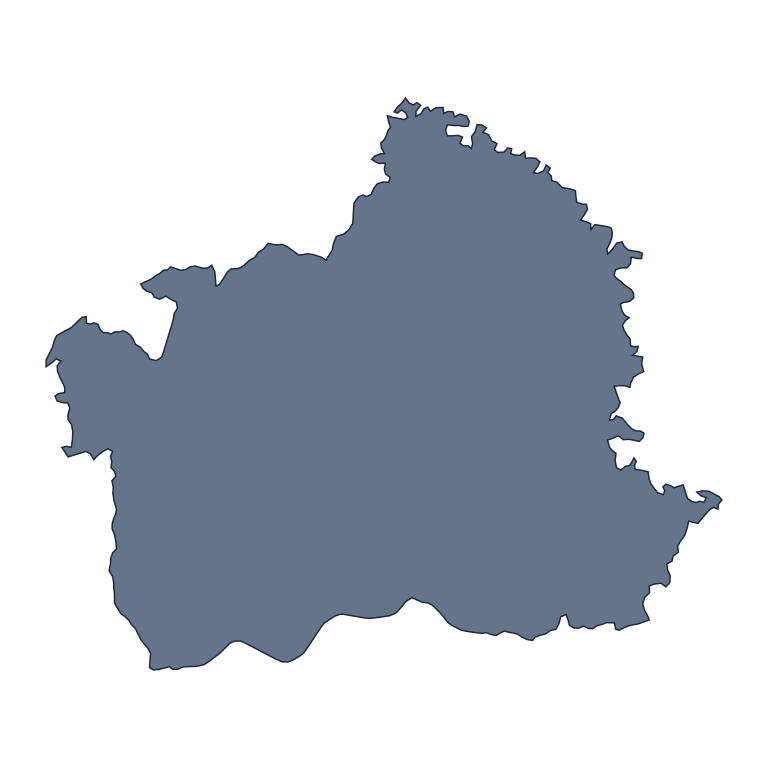 outline of Jóia, Rio Grande do Sul, Brazil
{"feature_id": "56859067B9941022435580", "entity_name": "Jóia", "entity_type": "district", "adm_level": 2, "iso_a3": "BRA", "parent_name": "Brazil", "parent_adm1": "Rio Grande do Sul", "projection": "albers", "projection_center": [-54.139, -28.741], "detail": "fine", "context": "isolated", "style": "filled", "palette": "slate", "viewbox_px": 768, "rotation_deg": 0, "n_neighbors": 0, "source": "geoboundaries", "source_scale": "gbopen_adm2", "svg_char_len": 6090}
<svg xmlns="http://www.w3.org/2000/svg" viewBox="0 0 768 768"><path d="M417.0,102.6L413.2,104.9L408.9,102.8L405.5,98.0L402.2,102.8L397.8,106.6L394.1,111.8L397.6,113.1L401.3,109.8L405.9,113.1L407.7,117.7L404.1,119.5L392.7,117.4L387.3,115.7L388.7,121.9L390.5,127.3L387.9,130.6L386.2,136.4L383.9,140.1L380.8,142.9L381.4,148.0L384.5,153.6L379.6,154.0L374.6,156.2L371.7,159.5L375.6,162.0L379.5,163.5L385.4,163.2L384.3,169.6L385.7,174.1L390.1,177.5L388.7,182.4L383.3,181.9L377.3,183.8L373.8,188.3L371.1,194.5L366.7,196.6L363.0,194.9L358.0,197.1L354.0,203.2L353.5,210.3L352.8,223.3L349.1,229.5L343.6,234.2L336.4,236.4L333.5,243.4L332.2,250.3L326.0,260.2L321.1,257.1L312.9,254.5L307.2,253.8L302.8,254.7L298.7,255.0L286.7,246.3L282.1,244.4L275.4,244.9L268.2,243.4L263.4,249.1L258.3,252.5L254.7,257.4L248.9,260.7L244.3,265.2L239.8,267.9L236.1,268.8L231.2,268.8L227.5,271.9L222.4,280.1L219.5,284.2L216.0,286.3L214.9,272.3L211.8,265.2L207.5,268.1L202.1,268.1L195.2,266.0L190.3,266.7L185.8,269.5L180.7,270.3L170.8,266.9L167.4,269.8L163.3,270.3L160.0,273.3L155.8,275.7L151.4,279.0L140.7,284.0L143.0,288.3L146.4,291.1L151.7,292.7L154.4,297.1L159.6,299.2L165.8,296.2L171.2,299.6L176.3,301.9L177.5,308.4L174.3,313.1L173.1,320.4L163.4,352.3L161.8,357.0L156.3,360.6L149.7,359.0L147.0,353.7L143.7,351.4L140.4,347.2L135.5,344.3L133.1,339.1L130.8,335.6L127.1,332.5L123.3,330.8L119.6,331.8L114.7,332.0L110.9,334.0L107.2,332.6L103.2,332.6L100.1,329.5L98.0,324.3L94.1,322.9L90.3,324.1L86.5,323.3L86.2,316.7L81.9,317.3L71.3,327.6L65.2,330.8L56.6,335.7L54.4,340.3L52.4,347.5L46.1,359.8L46.1,366.7L51.9,362.7L56.1,358.9L61.0,361.0L57.2,365.8L57.5,371.1L60.0,377.6L63.2,383.9L64.8,387.9L64.6,392.6L58.6,393.6L55.0,396.0L57.2,401.1L62.4,402.6L67.7,402.9L69.8,408.0L68.0,414.8L68.0,419.3L71.6,424.8L72.8,431.9L72.4,439.9L71.4,447.2L66.2,446.3L61.9,447.5L68.1,456.9L85.7,451.5L90.3,453.6L93.8,459.7L97.3,455.8L102.5,451.7L108.0,448.8L112.6,451.4L110.5,456.7L111.8,461.5L111.0,467.5L114.9,471.9L115.7,476.4L111.9,480.8L113.3,487.3L112.9,493.0L113.8,499.8L116.5,509.5L115.6,514.3L113.7,518.5L112.3,523.0L112.1,528.7L114.6,534.8L115.9,541.9L116.5,549.0L112.6,552.8L110.9,558.0L110.3,564.6L109.1,570.8L112.6,576.5L113.7,582.6L113.7,587.5L114.5,593.7L114.5,602.9L118.1,609.3L121.4,614.2L125.7,617.1L129.2,620.8L131.3,624.4L135.3,628.5L141.0,639.7L143.8,643.5L147.9,648.2L150.6,653.4L150.0,659.4L149.6,667.6L153.5,670.0L157.9,669.5L163.5,668.3L169.5,666.6L172.8,669.2L177.4,669.3L183.2,666.9L194.3,666.4L198.8,665.9L204.0,664.7L208.8,661.6L220.0,653.1L230.0,643.1L235.0,641.0L240.4,641.0L243.9,642.4L274.7,658.5L281.8,661.8L288.0,662.0L294.5,659.2L300.0,655.9L303.7,653.0L310.3,643.5L317.3,632.7L322.3,625.4L325.2,622.3L335.0,616.1L339.3,614.5L343.1,614.2L365.0,618.0L370.3,618.3L379.2,617.3L389.7,615.7L395.4,613.3L398.7,610.2L406.1,601.4L411.7,597.7L422.1,602.2L427.9,602.9L432.4,605.2L439.6,612.3L443.4,616.6L445.7,619.9L448.8,623.2L452.2,625.6L460.9,629.9L465.1,631.0L470.4,631.9L481.6,633.4L486.2,632.7L491.6,634.6L496.1,635.5L500.8,632.7L504.6,631.0L508.6,632.2L513.3,633.0L517.7,634.2L521.8,637.0L527.2,639.5L532.5,640.5L535.0,637.2L539.9,635.3L545.6,633.9L550.6,630.3L555.9,629.4L559.0,623.5L560.7,616.7L566.2,614.6L568.1,620.2L569.4,625.2L573.9,627.9L578.6,628.2L583.4,626.1L588.4,628.5L592.9,628.7L597.3,625.5L602.3,624.3L606.5,622.6L614.5,622.9L615.7,629.3L619.4,630.2L623.5,627.9L627.7,626.2L631.4,625.1L637.5,624.1L649.3,620.0L647.2,614.9L644.3,609.7L642.7,603.7L644.5,597.7L649.5,592.7L649.3,585.9L654.1,584.1L660.9,583.2L666.0,586.8L669.8,582.5L670.2,575.7L667.5,569.6L666.9,563.9L672.0,561.2L673.0,556.1L678.3,552.3L677.7,546.1L680.0,541.9L685.0,534.8L687.3,527.5L688.6,521.1L693.1,522.3L698.2,523.3L701.6,518.8L709.6,509.6L713.4,507.4L717.9,509.2L718.4,504.2L721.9,500.0L719.2,496.7L708.9,491.2L702.0,490.9L696.8,492.1L701.0,495.8L706.4,497.7L703.9,502.3L699.8,501.3L695.9,502.5L691.9,501.6L687.5,498.4L683.1,484.9L673.9,487.7L670.1,485.6L666.0,484.2L662.9,486.8L664.8,490.6L663.3,494.6L657.5,492.7L650.7,483.5L649.0,478.3L648.1,471.7L641.4,470.2L635.2,469.5L634.6,465.3L636.3,461.4L634.0,457.9L631.9,461.9L629.6,465.5L625.3,466.4L620.7,470.2L616.5,467.6L615.1,460.9L616.0,453.2L612.2,450.6L609.3,446.8L607.5,440.1L612.3,438.5L618.5,435.7L623.2,439.7L629.2,439.3L639.4,441.4L642.9,437.7L644.0,433.2L640.4,431.0L636.1,431.0L631.5,428.6L627.5,424.6L622.5,418.4L616.2,415.8L613.3,419.7L609.4,420.1L611.2,413.7L615.6,410.8L618.3,407.5L620.1,402.7L617.7,396.7L614.2,386.3L620.0,385.6L624.8,385.8L629.9,387.3L630.7,383.1L633.4,377.3L638.4,374.0L643.7,371.5L641.6,363.9L642.7,357.0L632.6,355.3L637.0,351.4L638.2,346.4L634.4,346.7L630.6,345.8L630.2,339.0L627.5,335.7L624.0,330.1L622.5,325.3L625.3,320.8L629.2,317.8L624.5,315.0L622.0,310.9L620.3,304.1L624.2,302.2L628.8,301.7L633.6,298.1L633.6,293.2L631.3,289.7L623.9,284.5L620.6,281.2L616.6,278.5L613.9,275.2L615.6,269.8L621.0,267.9L627.0,267.8L630.5,263.7L631.2,257.1L637.2,258.5L641.5,258.6L642.4,253.3L638.4,251.6L633.4,251.1L627.9,249.9L624.2,246.2L622.1,241.9L616.8,243.0L612.3,249.4L607.7,254.2L606.9,248.9L609.6,243.8L611.6,238.5L612.3,233.2L611.3,228.2L607.4,226.6L594.9,224.6L590.8,229.6L590.7,223.7L586.8,222.0L580.6,220.1L584.4,214.6L587.4,209.5L586.4,204.2L582.0,204.2L576.7,202.1L575.9,196.5L575.4,190.6L569.3,188.7L562.4,187.7L556.6,182.0L551.8,180.8L551.3,176.1L547.6,172.3L550.4,168.1L546.2,165.0L543.6,170.9L537.9,173.5L533.4,172.6L537.5,166.9L539.9,161.9L535.8,158.3L530.2,157.9L525.5,158.4L524.7,151.8L519.8,155.3L514.9,155.1L510.7,153.6L511.7,148.6L507.6,148.0L504.0,152.1L497.5,152.4L494.3,149.5L497.0,143.7L491.6,140.8L488.7,134.9L482.9,132.3L486.4,127.9L481.7,125.0L477.1,124.6L475.3,131.4L471.5,136.6L472.6,143.5L471.5,148.6L468.0,145.8L463.4,145.8L459.9,143.2L462.6,137.1L458.0,135.4L452.6,135.8L447.3,135.8L445.6,130.4L447.4,124.8L454.1,125.5L458.7,125.5L462.8,126.4L468.2,126.1L469.2,121.2L466.7,116.2L459.9,114.1L454.5,117.0L452.9,111.8L448.0,111.5L443.6,113.4L443.1,107.5L436.0,107.7L430.5,111.2L427.7,107.1L424.0,108.7L421.1,113.7L415.7,116.5L416.1,111.2L420.7,105.4L417.0,102.6Z" fill="#64748b" stroke="#1e293b" stroke-width="1.5"/></svg>